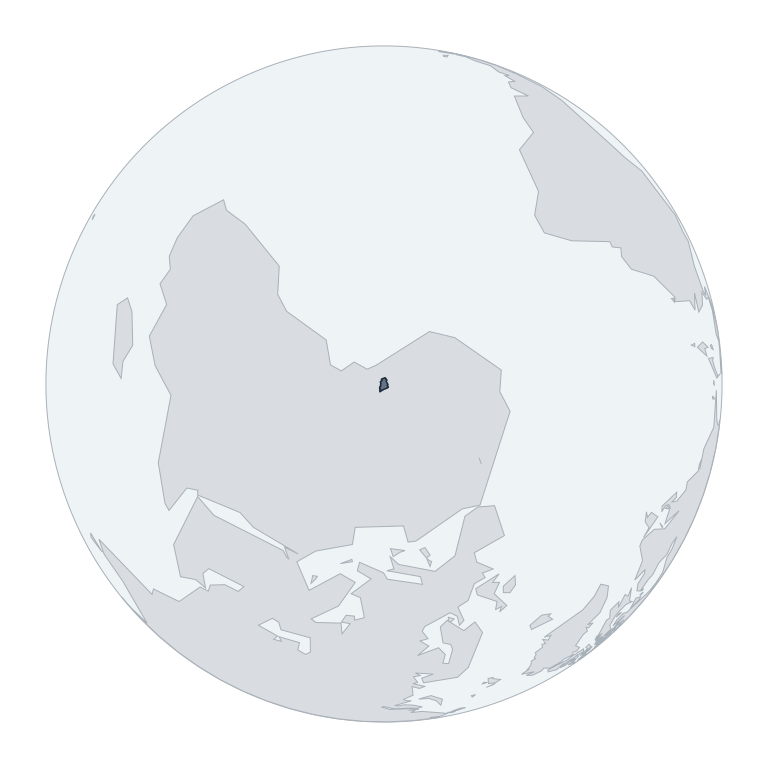 Borgou highlighted on a globe, orthographic projection, rotated 157°
{"feature_id": "BEN-2169", "entity_name": "Borgou", "entity_type": "Department", "adm_level": 1, "iso_a3": "BEN", "parent_name": "Benin", "parent_adm1": "", "projection": "orthographic", "projection_center": [2.675, 9.701], "detail": "fine", "context": "on_globe", "style": "filled", "palette": "slate", "viewbox_px": 768, "rotation_deg": 157, "n_neighbors": 0, "source": "natural_earth", "source_scale": "10m", "svg_char_len": 10107}
<svg xmlns="http://www.w3.org/2000/svg" viewBox="0 0 768 768"><g transform="rotate(157 384 384)"><circle cx="384" cy="384" r="338" fill="#eef3f6" stroke="#a8b0b8"/><path d="M270.9,65.6L263.1,68.5L269.0,66.4L259.4,70.7L262.6,70.2L255.1,73.4L264.2,70.4L270.4,67.7L276.4,65.8L278.9,65.6L269.8,69.2L267.2,69.9L265.8,70.9L260.2,73.0L264.4,71.8L253.0,76.9L267.8,71.9L261.8,75.9L253.3,79.4L249.6,79.0L220.8,89.6L211.1,94.9L201.1,101.7L191.6,113.5L182.8,120.1L174.1,129.0L181.0,124.8L190.2,116.6L200.9,112.0L211.0,103.6L216.9,100.9L229.1,93.3L232.0,94.8L228.3,100.9L218.3,107.7L216.4,111.0L229.8,105.5L215.0,120.4L211.8,134.9L207.5,139.3L191.9,144.6L182.1,141.0L162.0,152.0L179.8,145.8L168.6,158.7L168.8,161.7L172.2,162.1L178.3,157.9L175.5,163.0L156.8,170.0L159.1,165.4L165.0,162.9L160.3,161.8L147.6,168.4L143.0,175.4L128.8,181.1L125.2,186.6L120.2,191.5L126.7,182.1L114.7,199.6L97.3,215.3L80.5,248.4L91.7,220.9L92.6,216.2L92.1,214.7L89.1,219.9L91.6,214.6L104.2,194.5L118.3,175.2L133.6,157.1L150.2,140.0L168.0,124.1L186.8,109.6L206.6,96.4L227.3,84.6L248.8,74.3L270.9,65.6ZM66.9,267.4L68.9,261.9L69.7,261.9L59.1,291.3L58.8,300.0L53.0,323.3L51.6,336.9L53.9,336.0L55.5,344.2L60.1,332.0L66.1,327.2L62.6,346.6L68.8,330.5L70.1,341.3L84.2,346.1L82.2,350.1L93.5,377.8L111.4,393.0L115.5,408.4L112.8,416.7L120.3,421.0L120.5,426.8L155.3,442.5L177.3,460.4L179.4,480.5L166.5,500.9L167.8,546.7L148.1,557.1L151.8,574.9L151.5,598.1L138.5,592.7L151.3,607.1L151.4,613.3L145.4,611.6L152.2,620.5L148.1,619.0L156.4,626.3L161.7,635.4L173.9,645.9L180.8,653.1L189.0,659.1L187.3,658.2L188.5,659.4L192.6,662.3L183.3,655.9L175.1,649.6L165.5,641.8L159.4,636.2L156.8,634.1L142.5,619.1L144.1,621.4L122.4,596.0L109.6,575.7L80.1,512.4L73.8,498.3L63.4,479.0L49.9,425.6L49.4,406.9L48.2,396.5L52.2,371.7L53.9,344.8L53.2,339.9L50.9,348.5L51.3,328.2L55.1,307.2L56.6,300.5L66.9,267.4ZM75.3,259.4L75.3,280.7L70.6,279.8L72.3,277.3L73.3,269.3L73.6,260.9L70.7,262.0L75.3,259.4ZM85.9,243.4L85.5,241.2L86.6,242.0L85.9,243.4ZM226.6,93.1L227.7,93.2L224.9,94.5L226.6,93.1ZM230.8,89.9L226.6,91.4L228.0,90.2L230.5,89.3L230.8,89.9ZM235.6,88.5L230.9,87.9L233.4,85.8L245.2,80.9L235.6,88.5ZM271.3,67.1L264.8,69.9L267.9,67.9L271.3,67.1ZM282.8,61.6L281.2,62.2L290.5,59.3L294.2,58.2L298.2,57.3L292.6,59.1L284.6,61.5L292.5,59.4L271.8,66.4L272.8,64.9L282.8,61.6ZM279.1,64.9L278.3,64.6L287.7,61.4L290.9,61.4L286.9,62.4L279.1,64.9ZM311.3,54.0L299.3,57.0L296.8,57.5L311.3,54.0ZM286.0,63.0L292.3,61.7L290.2,63.2L280.5,65.0L286.0,63.0ZM288.8,60.6L293.4,59.3L291.9,60.0L288.8,60.6ZM286.1,69.0L285.0,68.0L289.7,66.1L286.1,69.0ZM294.9,61.1L295.6,60.6L297.3,59.9L301.0,59.5L294.9,61.1ZM304.3,56.0L305.2,56.0L309.6,54.6L314.3,53.9L305.3,56.3L311.1,55.0L312.6,54.8L303.6,57.0L304.3,56.0ZM309.9,57.2L300.1,60.9L301.1,62.7L296.9,64.3L296.0,61.2L309.9,57.2ZM307.0,56.8L307.8,57.3L302.1,58.6L298.0,59.2L307.0,56.8ZM320.7,52.7L315.9,53.2L318.0,52.7L320.7,52.7ZM311.4,57.3L313.7,56.5L312.1,57.3L311.4,57.3ZM319.1,53.7L317.1,53.7L319.6,53.2L319.1,53.7ZM320.0,55.0L316.9,56.1L314.0,56.3L320.0,55.0ZM320.5,54.1L324.4,53.4L314.8,55.8L319.2,54.2L320.5,54.1ZM321.8,53.1L322.6,52.8L322.2,53.2L321.8,53.1ZM332.8,54.0L321.5,56.9L315.1,57.2L327.0,54.2L332.8,54.0ZM186.0,657.8L193.6,663.1L189.7,659.8L203.3,668.3L203.7,669.4L186.3,658.0L186.0,657.8ZM196.6,661.4L198.0,660.4L201.2,662.3L201.0,663.5L196.6,661.4ZM707.7,286.9L708.7,290.5L704.9,278.3L695.5,256.3L696.9,267.2L701.5,304.5L708.1,336.5L707.1,352.6L690.9,310.2L679.7,280.9L676.3,285.4L657.6,263.8L632.5,269.0L626.7,262.0L622.5,266.8L608.9,261.4L599.2,250.0L592.1,252.3L617.4,282.5L624.8,280.3L627.9,266.1L633.8,277.6L646.6,286.1L640.4,318.4L599.5,353.2L591.9,329.6L541.8,270.0L541.3,262.7L540.9,261.9L540.1,260.5L539.3,272.6L529.4,261.1L560.1,302.9L566.8,322.0L599.0,354.7L596.9,358.9L606.1,365.3L631.3,351.6L632.2,359.7L622.6,399.6L584.5,456.8L587.5,490.4L581.3,519.8L553.0,542.1L551.0,563.8L535.8,573.1L531.8,585.4L517.0,599.5L494.0,613.4L459.7,616.3L461.1,605.5L449.3,585.2L434.4,533.4L446.8,508.1L445.2,488.9L420.0,447.1L425.8,422.6L418.2,412.7L402.9,415.9L393.7,404.2L384.1,404.3L321.7,414.5L300.7,399.0L270.6,351.0L280.4,331.7L278.6,309.6L343.0,235.0L360.7,238.5L416.0,226.9L423.6,229.1L421.5,245.7L466.5,263.3L475.8,248.6L512.2,256.9L533.7,254.4L533.6,223.3L498.4,226.5L488.0,212.6L512.7,197.4L542.8,196.3L539.7,191.0L517.0,180.7L520.2,170.4L508.8,176.6L516.2,181.5L509.2,185.9L502.0,181.9L503.4,178.1L493.3,176.6L489.2,196.6L496.2,203.8L472.0,209.6L481.5,222.5L476.2,229.4L458.2,210.4L457.2,203.0L426.8,184.5L425.8,192.5L454.3,211.0L447.1,209.9L445.8,222.6L441.0,212.2L410.2,191.6L385.8,198.1L361.2,230.6L345.7,234.1L329.8,228.8L332.4,197.4L366.8,193.4L368.2,183.8L355.8,171.1L367.3,171.5L366.5,166.3L378.9,164.9L391.2,151.8L403.1,149.8L402.8,135.1L408.8,132.5L407.3,141.6L412.5,147.6L441.4,144.8L445.5,141.3L443.0,132.4L451.2,133.4L445.1,125.2L459.2,120.9L436.8,119.9L433.3,111.0L438.9,104.0L433.8,101.3L424.5,113.0L424.4,118.2L430.8,122.6L427.1,138.4L418.2,141.8L406.9,125.8L393.2,129.4L390.4,116.7L417.1,90.2L430.9,85.3L464.4,93.5L464.2,98.5L452.0,97.7L468.0,105.7L464.5,101.5L471.3,102.9L469.6,96.2L474.4,96.9L464.6,89.7L470.3,89.9L476.4,94.5L478.8,86.2L489.2,86.0L487.4,83.9L482.6,81.7L499.0,83.7L497.0,82.1L490.8,80.8L482.8,77.1L474.9,71.8L481.0,72.7L484.7,74.7L501.6,81.1L510.4,87.3L512.1,87.3L505.9,82.2L485.3,74.3L478.9,71.0L488.8,73.9L484.7,72.6L483.4,71.3L487.8,71.1L477.0,67.8L454.5,56.1L460.9,55.9L472.2,59.1L463.0,55.4L463.7,55.6L487.9,62.5L511.5,71.1L534.4,81.4L556.5,93.4L577.6,107.0L597.6,122.2L616.5,138.8L634.1,156.7L650.3,175.9L665.0,196.3L678.2,217.7L689.7,240.0L699.6,263.1L707.7,286.9ZM325.8,272.2L325.2,278.8L325.8,272.2ZM578.3,211.9L593.9,211.0L580.4,193.6L585.3,192.1L578.9,187.1L579.4,192.4L562.8,178.9L567.2,173.0L562.0,165.8L556.5,165.9L551.1,179.2L574.8,198.0L574.0,205.9L578.3,211.9ZM84.7,346.0L86.0,350.4L83.4,349.7L84.7,346.0ZM67.5,287.1L68.7,288.6L68.5,292.2L67.1,292.3L67.5,287.1ZM83.3,296.9L85.9,299.8L82.2,300.0L83.3,296.9ZM75.9,283.6L81.2,295.3L74.3,298.2L71.3,291.2L74.8,291.3L75.9,283.6ZM80.4,253.5L80.6,255.5L78.9,258.7L80.4,253.5ZM86.7,244.0L86.2,244.1L87.2,241.0L86.7,244.0ZM169.8,158.3L171.1,157.9L173.5,159.4L170.2,160.9L169.8,158.3ZM197.4,155.3L192.3,163.8L193.6,158.3L188.0,161.4L183.8,154.7L205.1,141.3L196.2,148.2L197.4,155.3ZM184.1,143.4L184.4,148.3L183.2,143.5L184.1,143.4ZM349.6,142.7L355.6,145.3L353.3,151.2L338.3,156.5L341.4,147.7L349.6,142.7ZM364.5,147.9L357.5,132.1L366.6,129.1L362.7,133.2L369.4,132.8L364.9,139.6L380.5,153.4L379.5,159.7L352.2,164.3L361.6,158.9L355.2,156.3L364.5,147.9ZM323.6,106.0L320.7,101.6L344.1,100.4L344.1,104.8L329.1,109.6L320.3,107.3L323.6,106.0ZM257.3,81.0L254.6,81.1L257.2,79.9L261.5,78.7L257.3,81.0ZM285.2,68.7L271.4,79.7L267.7,80.2L264.1,87.3L252.9,91.7L255.6,86.7L244.3,96.0L242.3,93.3L235.7,99.8L242.9,88.2L240.6,86.9L247.4,86.5L257.8,82.3L261.5,80.2L270.6,73.5L270.7,69.7L281.0,65.9L288.3,64.3L289.8,64.5L282.6,66.7L289.8,65.6L280.6,69.1L285.2,68.7ZM366.9,60.2L358.0,60.4L370.9,63.1L361.7,64.8L363.8,65.0L358.9,67.6L356.5,71.4L351.8,71.9L352.9,73.3L349.7,75.4L349.7,77.6L341.1,79.6L340.3,82.7L336.7,82.0L337.7,86.9L333.1,84.2L328.5,87.4L335.4,88.3L289.2,98.4L273.4,106.4L262.7,115.0L256.2,110.5L262.1,100.3L274.6,89.1L290.7,82.8L284.9,82.5L290.9,79.6L293.0,81.0L293.3,77.2L298.8,75.4L309.9,68.3L307.0,65.1L310.9,62.9L314.9,63.3L316.1,61.0L326.2,60.5L329.3,59.1L342.3,57.7L348.0,60.0L351.1,58.4L361.1,57.9L366.9,60.2ZM336.5,53.6L345.5,54.9L344.9,56.8L322.4,58.6L318.2,59.9L303.8,62.2L305.0,59.6L309.0,59.1L313.2,58.1L311.1,59.3L315.9,57.6L321.6,57.1L326.8,55.8L328.3,56.4L336.5,53.6ZM429.7,222.5L435.1,222.8L443.0,221.5L442.4,229.9L429.7,222.5ZM408.4,208.5L412.9,207.1L415.9,217.4L410.3,217.5L408.4,208.5ZM412.9,198.1L412.9,206.3L409.6,201.9L412.9,198.1ZM411.2,140.3L415.7,138.8L417.2,140.8L415.9,144.2L411.2,140.3ZM403.2,72.3L398.2,71.2L398.9,70.3L392.2,66.5L398.4,65.5L404.9,67.4L403.2,72.3ZM529.1,229.0L524.4,235.5L520.5,233.0L522.9,231.2L529.1,229.0ZM482.5,232.8L494.3,235.7L482.1,235.1L482.5,232.8ZM408.9,70.5L405.4,68.9L410.7,69.5L408.9,70.5ZM402.6,64.6L408.4,64.8L398.4,64.9L402.6,64.6ZM588.5,649.1L586.0,652.1L583.5,653.2L588.5,649.1ZM625.6,508.4L598.5,561.3L586.4,563.4L587.7,549.2L600.2,517.8L615.4,506.9L623.8,491.8L625.6,508.4ZM709.0,339.3L713.5,357.2L712.3,361.5L709.0,339.3ZM457.2,66.1L459.6,72.0L465.5,77.0L475.2,80.4L462.5,78.8L453.4,71.0L457.2,66.1ZM454.2,56.9L445.6,54.9L448.5,54.9L450.9,55.3L454.2,56.9ZM449.6,56.3L440.7,55.9L435.3,54.3L443.4,54.9L449.6,56.3ZM425.1,61.3L425.4,63.0L421.1,62.3L425.1,61.3Z" fill="#d9dde1" stroke="#a8b0b8" stroke-width="1"/><path d="M390.7,378.5L390.7,378.8L390.6,379.1L390.5,379.3L390.5,379.6L390.4,379.8L389.9,379.6L389.7,379.7L389.6,379.8L389.5,380.0L389.3,380.3L389.2,380.5L389.3,380.8L389.7,381.2L389.7,381.3L389.8,381.4L389.7,381.5L389.4,381.8L389.4,382.4L389.3,382.5L389.1,382.8L389.0,383.0L388.9,383.1L388.5,383.1L388.3,383.2L387.9,383.3L387.7,383.5L387.7,383.8L387.8,384.0L387.8,384.3L387.6,384.4L387.4,384.4L387.3,384.5L387.0,385.2L386.9,385.2L386.8,385.3L386.7,385.4L386.6,385.6L386.7,385.8L386.8,385.9L386.8,386.0L386.8,386.4L386.7,386.6L386.6,386.8L386.4,387.4L386.3,387.6L386.2,387.7L385.8,387.8L385.7,387.8L385.7,387.7L385.3,387.7L385.2,387.7L385.1,387.8L384.6,387.8L384.6,388.0L384.6,388.3L384.5,388.5L384.4,388.6L384.5,388.7L384.5,388.8L384.4,389.0L384.5,389.2L384.4,389.3L384.3,389.5L381.2,389.4L381.3,389.2L381.2,389.2L380.6,389.0L380.4,388.9L380.3,388.7L380.2,388.6L380.2,388.2L380.3,387.9L380.4,387.7L380.1,387.4L380.0,387.2L379.9,387.2L379.9,386.8L379.9,386.5L379.9,386.3L380.0,386.1L380.4,386.0L380.6,386.0L380.7,385.9L380.8,385.9L381.0,384.3L381.0,384.2L380.9,384.0L380.7,383.9L380.7,383.7L380.5,383.4L380.5,383.2L380.6,382.9L380.6,382.7L380.6,382.3L380.6,382.2L380.6,381.9L380.7,381.7L380.8,381.7L381.2,381.7L381.3,381.7L381.5,381.6L381.6,381.4L381.7,381.2L381.6,380.8L381.5,380.6L381.4,380.2L381.2,380.0L381.2,379.9L381.2,379.7L381.3,379.5L381.4,379.3L381.6,379.2L381.8,379.2L382.2,379.1L382.4,379.1L382.7,379.0L383.7,379.1L384.6,379.0L384.9,379.0L385.7,379.2L387.1,379.0L388.5,378.8L390.7,378.5L390.7,378.5Z" fill="#64748b" stroke="#1e293b" stroke-width="1.5"/></g></svg>